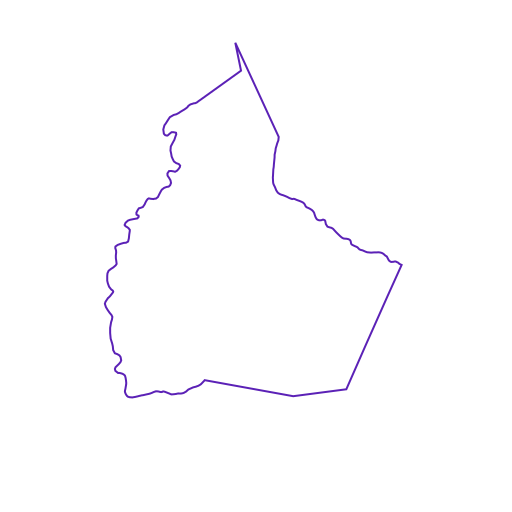 Yauyupe, El Paraíso, Honduras (Natural Earth projection), rotated 26°
{"feature_id": "27666195B23214675582882", "entity_name": "Yauyupe", "entity_type": "district", "adm_level": 2, "iso_a3": "HND", "parent_name": "Honduras", "parent_adm1": "El Paraíso", "projection": "natural_earth1", "projection_center": [-87.088, 13.756], "detail": "fine", "context": "isolated", "style": "outline", "palette": "violet", "viewbox_px": 512, "rotation_deg": 26, "n_neighbors": 0, "source": "geoboundaries", "source_scale": "gbopen_adm2", "svg_char_len": 5983}
<svg xmlns="http://www.w3.org/2000/svg" viewBox="0 0 512 512"><g transform="rotate(26 256 256)"><path d="M391.8,234.0L390.8,200.2L388.3,200.2L386.9,199.7L384.0,199.7L383.1,200.1L382.0,201.0L380.1,202.1L379.0,202.1L377.9,201.9L376.9,201.4L373.8,199.1L372.0,198.9L369.6,198.2L367.9,198.1L366.5,198.3L364.6,198.9L362.8,199.9L360.9,200.8L358.7,202.1L357.5,202.7L354.3,203.9L352.5,204.1L349.4,204.2L348.4,204.4L347.6,204.6L346.1,204.7L344.6,204.2L343.4,203.7L341.7,203.7L340.6,203.8L337.8,203.8L337.1,203.7L336.5,203.5L336.0,203.1L334.6,201.2L334.3,201.0L333.6,200.5L331.9,200.3L329.8,200.8L328.4,201.4L326.9,201.9L325.1,201.8L323.1,201.3L320.3,200.4L317.9,199.6L315.6,198.7L313.4,197.8L311.5,197.6L309.6,198.0L307.4,198.3L304.8,196.7L302.8,194.1L302.0,193.7L300.7,193.8L299.9,194.2L299.3,195.0L297.9,195.9L297.4,196.1L296.7,196.3L296.2,196.4L294.5,196.3L292.8,195.2L291.9,194.4L290.2,192.7L289.4,191.8L288.2,191.0L287.3,190.6L286.1,190.2L284.6,190.0L283.3,189.9L281.9,189.9L280.4,190.0L279.0,189.7L277.9,188.8L276.6,187.9L275.2,187.4L273.4,187.3L271.4,187.4L269.5,187.6L267.6,187.8L266.3,187.8L264.9,188.0L263.5,189.0L260.6,189.3L258.1,189.2L255.9,189.3L253.6,189.5L251.9,189.8L250.0,189.9L247.8,189.5L245.4,188.1L243.0,185.9L240.4,183.9L239.5,182.9L239.1,182.3L238.2,180.7L237.2,178.9L236.5,177.6L236.5,177.4L233.5,170.3L233.3,169.5L232.8,168.0L231.8,165.5L229.5,159.3L228.3,156.7L227.5,153.4L226.5,150.5L226.1,147.8L225.7,145.7L225.5,143.5L225.4,142.3L224.2,139.0L143.9,73.4L161.3,96.0L137.2,140.7L136.5,141.9L135.6,143.8L134.5,145.2L133.1,146.1L132.0,147.2L130.6,148.5L129.4,150.7L129.1,152.4L128.5,153.7L127.4,155.7L126.2,157.5L124.9,159.5L123.9,161.3L122.3,163.5L120.2,165.3L117.7,169.0L117.2,172.8L116.8,176.5L116.4,178.7L117.2,182.9L119.6,186.5L121.4,187.2L123.3,186.8L123.8,186.3L124.9,183.7L125.8,181.8L127.3,181.0L129.0,180.5L130.1,180.3L131.0,181.6L131.2,183.8L131.7,187.4L131.6,188.8L131.5,191.3L131.4,194.9L132.9,198.7L134.8,201.1L136.6,203.6L138.7,205.4L140.8,207.0L143.6,207.5L144.3,207.4L146.3,207.2L148.2,208.0L148.6,209.6L148.2,212.0L147.5,214.2L146.3,215.8L145.0,216.0L142.4,216.8L140.6,217.8L140.2,220.6L141.1,222.3L141.7,222.8L143.8,224.0L146.0,225.5L147.6,227.6L147.8,230.0L147.1,231.9L145.4,233.1L143.6,235.0L142.3,237.6L142.1,239.4L142.0,242.8L142.0,246.0L140.9,248.3L139.4,249.2L139.0,249.7L136.4,250.7L134.4,251.2L133.7,252.2L133.3,254.1L133.2,256.4L133.3,258.4L132.8,261.6L131.2,263.3L129.8,264.5L129.5,267.0L129.5,269.5L130.4,271.1L131.4,271.3L132.7,271.2L133.4,272.2L132.9,274.2L131.0,275.6L129.5,276.7L126.9,278.7L125.4,280.3L124.2,283.3L124.3,285.7L125.6,286.4L127.9,286.6L129.3,286.9L131.1,287.8L131.6,288.9L132.6,292.1L134.0,295.9L134.7,299.1L133.4,301.0L131.4,302.2L129.1,304.3L126.8,306.7L125.5,309.1L126.0,310.5L127.8,312.4L128.8,314.2L129.8,317.0L131.0,319.4L132.9,322.2L134.2,324.2L134.0,325.9L132.7,328.9L131.3,331.2L130.0,333.9L130.1,336.7L131.0,339.1L133.1,343.4L134.9,345.6L137.4,348.0L140.4,349.5L142.5,349.9L143.3,350.6L143.4,351.4L143.0,353.3L142.4,356.1L141.6,358.4L141.4,358.6L140.8,363.1L141.1,365.2L143.5,367.7L146.1,369.4L149.3,371.2L152.0,372.4L153.6,373.7L154.4,376.3L154.8,379.1L156.4,384.5L158.7,389.2L161.6,394.0L165.0,397.6L166.8,399.8L168.9,403.2L171.8,405.3L174.4,405.0L176.8,405.2L178.6,406.2L180.6,408.9L180.7,410.9L180.1,413.2L179.4,415.1L178.5,417.6L178.7,419.4L180.0,420.9L181.0,421.1L183.3,421.6L183.7,421.4L183.8,421.3L184.2,421.1L184.8,420.9L185.2,420.8L185.7,420.7L186.2,420.6L186.7,420.5L187.0,420.5L187.3,420.4L187.7,420.4L188.1,420.4L189.1,420.5L189.5,420.6L189.9,420.7L190.2,420.8L190.3,420.8L190.5,420.9L190.6,421.0L190.9,421.2L191.1,421.4L191.5,421.9L191.7,422.1L192.1,422.6L192.3,422.8L193.1,424.0L193.6,424.6L193.8,425.0L194.0,425.3L194.3,425.8L194.7,426.4L194.9,426.8L195.3,427.6L195.4,427.8L195.5,428.0L195.5,428.3L195.6,428.5L195.8,429.0L196.3,430.8L196.7,432.1L196.9,432.8L197.2,434.2L197.4,434.7L197.5,435.0L197.6,435.3L197.8,435.6L198.3,436.1L198.7,436.5L199.1,436.9L199.4,437.1L199.8,437.4L200.1,437.6L200.6,437.9L200.9,438.0L201.2,438.2L201.6,438.4L201.8,438.4L202.1,438.5L202.4,438.6L202.6,438.6L202.9,438.5L203.3,438.5L203.7,438.4L204.0,438.4L204.4,438.3L205.1,438.0L205.4,437.9L206.1,437.6L206.5,437.5L206.8,437.3L207.1,437.2L207.4,436.9L208.1,436.4L208.8,435.9L209.5,435.4L210.2,434.8L211.2,434.0L212.8,432.6L213.4,432.2L214.0,431.6L215.5,430.6L216.5,429.8L218.6,428.1L219.9,427.1L220.6,426.5L221.0,426.1L221.4,425.8L221.7,425.4L222.0,425.1L222.3,424.8L222.8,424.2L223.2,423.7L223.6,423.2L223.9,422.9L224.2,422.6L224.8,422.0L225.1,421.8L225.3,421.5L225.6,421.4L225.9,421.2L226.0,421.2L226.4,421.0L226.9,420.8L227.4,420.7L227.8,420.5L228.2,420.4L228.5,420.4L229.4,420.2L229.8,420.1L230.0,420.0L230.4,419.9L230.5,419.8L230.8,419.6L231.1,419.3L231.2,419.2L231.3,419.2L231.5,418.9L231.7,418.6L231.9,418.5L232.0,418.4L232.4,418.2L232.6,418.2L233.3,418.1L233.6,418.0L234.8,417.9L236.0,417.8L237.5,417.7L238.3,417.6L239.3,417.6L239.8,417.6L240.1,417.5L240.4,417.5L240.6,417.4L240.8,417.4L241.0,417.2L241.6,416.9L242.2,416.6L242.8,416.2L243.4,415.8L243.8,415.6L244.0,415.4L244.5,415.1L244.8,414.9L245.0,414.7L245.6,414.2L246.0,413.9L246.4,413.7L246.6,413.5L246.8,413.5L247.2,413.3L247.5,413.2L247.9,413.0L248.3,412.8L248.7,412.6L249.3,412.2L249.7,411.9L250.1,411.6L250.3,411.4L250.7,411.1L250.9,410.8L251.1,410.6L251.4,410.3L251.6,409.9L251.9,409.5L252.2,409.1L252.4,408.8L252.6,408.5L252.7,408.1L252.9,407.8L253.0,407.4L253.1,407.2L253.3,406.7L253.4,406.4L253.5,406.2L253.6,405.9L253.8,405.7L253.9,405.4L254.3,405.0L254.6,404.6L255.1,404.0L255.7,403.3L256.6,402.2L256.9,401.9L257.1,401.6L257.4,401.4L257.6,401.2L258.3,400.6L258.6,400.4L258.9,400.1L259.1,399.9L259.4,399.7L259.8,399.2L260.1,398.9L260.4,398.6L260.9,398.1L261.1,397.9L261.3,397.6L261.5,397.3L261.8,396.8L262.0,396.5L262.1,396.4L262.3,396.1L262.5,395.8L262.7,395.4L262.8,395.1L262.8,394.9L263.0,394.5L263.6,392.6L264.1,391.0L264.3,390.1L350.9,365.7L395.6,336.2L393.7,288.4L391.8,234.0Z" fill="none" stroke="#5b21b6" stroke-width="2"/></g></svg>